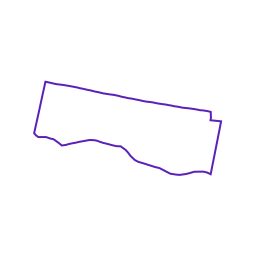 Balneário Gaivota, Santa Catarina, Brazil (Mercator projection), rotated 242°
{"feature_id": "56859067B14282985236519", "entity_name": "Balneário Gaivota", "entity_type": "district", "adm_level": 2, "iso_a3": "BRA", "parent_name": "Brazil", "parent_adm1": "Santa Catarina", "projection": "mercator", "projection_center": [-49.608, -29.151], "detail": "fine", "context": "isolated", "style": "outline", "palette": "violet", "viewbox_px": 256, "rotation_deg": 242, "n_neighbors": 0, "source": "geoboundaries", "source_scale": "gbopen_adm2", "svg_char_len": 1349}
<svg xmlns="http://www.w3.org/2000/svg" viewBox="0 0 256 256"><g transform="rotate(242 128 128)"><path d="M167.5,42.7L164.7,43.3L162.1,44.6L159.6,49.3L158.3,51.6L155.4,54.2L153.0,57.0L148.0,59.5L143.6,61.4L142.2,65.3L141.6,68.3L140.5,72.1L139.6,74.8L138.6,78.7L137.5,82.0L136.6,84.9L135.5,88.3L133.7,91.5L131.6,94.4L129.0,96.7L126.5,99.1L124.4,101.5L121.9,104.2L119.4,106.9L117.3,109.4L115.2,113.0L112.4,114.3L109.8,115.6L106.7,116.4L102.3,117.1L96.7,118.9L93.4,121.1L89.3,125.3L81.1,133.3L77.8,137.0L73.6,139.9L67.8,143.9L64.2,148.7L62.4,151.5L60.6,156.3L59.8,158.9L58.2,166.1L54.2,173.9L51.6,176.9L48.4,179.3L64.8,192.7L82.6,207.2L85.8,209.8L90.2,213.3L96.1,204.5L98.2,206.1L103.4,208.6L105.7,206.0L108.1,202.8L109.8,200.1L111.7,197.8L113.7,195.3L116.5,191.4L118.4,188.6L120.4,185.6L122.5,183.1L124.0,181.2L125.6,178.9L127.5,176.8L129.2,174.5L130.8,172.6L133.0,169.5L135.4,166.2L137.2,164.0L138.9,162.0L140.5,159.8L142.8,156.4L145.5,153.1L147.6,150.7L149.8,147.9L152.1,145.2L154.4,142.0L156.6,139.5L158.3,137.4L160.9,134.6L163.7,131.3L165.6,128.6L168.1,125.2L170.6,121.9L173.6,118.6L175.8,115.8L177.9,113.6L179.7,111.4L181.7,109.0L183.9,106.5L185.9,104.0L187.7,102.1L189.8,99.5L192.4,96.2L196.0,91.6L198.4,88.2L200.3,85.4L202.6,82.7L205.0,80.0L207.6,76.8L197.5,68.2L184.7,57.4L167.5,42.7Z" fill="none" stroke="#5b21b6" stroke-width="2"/></g></svg>